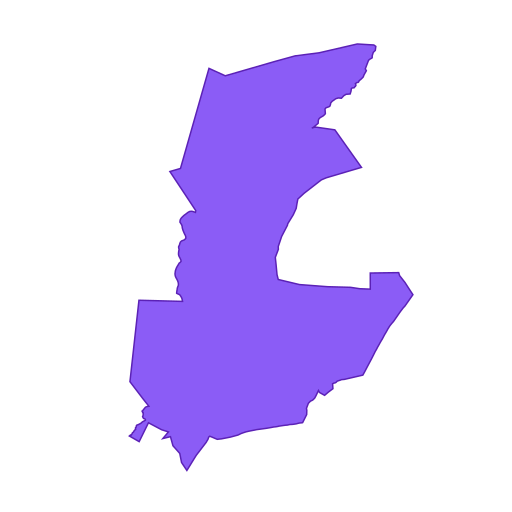 La Compañía, Oaxaca, Mexico (Robinson projection), rotated 77°
{"feature_id": "50627088B41446302433754", "entity_name": "La Compañía", "entity_type": "district", "adm_level": 2, "iso_a3": "MEX", "parent_name": "Mexico", "parent_adm1": "Oaxaca", "projection": "robinson", "projection_center": [-96.841, 16.58], "detail": "fine", "context": "isolated", "style": "filled", "palette": "violet", "viewbox_px": 512, "rotation_deg": 77, "n_neighbors": 0, "source": "geoboundaries", "source_scale": "gbopen_adm2", "svg_char_len": 4260}
<svg xmlns="http://www.w3.org/2000/svg" viewBox="0 0 512 512"><g transform="rotate(77 256 256)"><path d="M428.8,248.0L421.9,242.3L417.8,241.2L415.8,241.1L411.3,238.1L409.7,235.6L409.2,233.4L409.0,232.9L408.2,231.6L407.6,230.7L405.4,228.8L401.1,225.4L403.3,224.8L407.2,220.5L404.9,216.1L402.6,210.9L397.7,210.1L397.4,208.9L397.4,207.3L397.1,206.4L396.2,205.0L395.9,201.6L395.7,200.5L396.1,197.8L396.1,196.2L396.1,192.4L396.1,186.3L396.1,178.7L394.2,177.0L392.4,175.4L389.7,173.1L382.0,166.4L377.2,162.4L376.8,162.1L375.4,160.9L375.2,160.7L374.4,159.9L371.8,157.7L371.1,157.0L368.3,154.5L366.5,152.8L365.4,151.7L361.8,148.6L359.2,146.1L356.3,143.5L355.7,142.8L355.0,142.2L353.9,141.0L352.4,139.1L350.6,136.6L345.6,131.1L343.6,128.9L342.2,127.3L339.4,123.9L339.3,123.7L338.4,122.3L329.0,111.8L321.7,114.5L315.3,116.8L307.4,120.5L304.3,120.7L298.3,148.5L314.0,152.1L311.2,162.3L307.8,170.9L302.0,193.2L293.6,220.1L283.9,239.6L278.8,239.7L269.1,238.4L261.7,237.5L254.5,232.7L251.8,232.2L242.7,226.6L233.2,218.5L231.7,217.8L224.2,210.4L218.6,206.1L214.4,204.4L209.9,202.4L205.7,195.0L197.9,178.2L196.5,175.1L195.6,169.9L195.1,161.5L194.0,143.7L193.4,133.3L150.8,150.8L144.3,167.6L144.0,168.6L143.7,170.0L143.9,172.9L143.6,171.3L140.7,165.6L137.7,164.7L137.3,164.4L136.5,163.8L135.6,162.3L134.6,159.0L133.4,156.9L132.6,156.3L131.6,156.2L128.3,155.7L127.3,154.4L127.2,153.3L127.0,151.4L126.6,150.3L125.4,149.5L123.6,148.7L122.3,146.8L121.4,144.5L120.7,143.0L120.5,140.2L121.5,137.3L119.5,134.3L118.7,131.8L119.0,129.9L119.3,127.8L117.2,126.6L116.9,126.4L114.3,125.4L113.9,124.4L114.1,123.1L114.1,122.4L113.1,121.4L113.1,121.0L112.1,120.2L110.4,120.3L110.4,120.2L109.7,118.8L109.8,117.4L109.6,117.0L108.3,115.9L107.6,114.3L105.9,111.5L105.3,111.0L103.8,110.0L100.3,106.8L98.2,107.4L90.6,102.3L89.7,100.4L89.2,98.5L88.5,98.0L87.2,97.8L84.6,96.3L83.9,95.8L82.5,93.5L78.7,92.1L76.9,93.7L72.2,109.6L72.2,148.9L69.8,172.8L70.7,194.2L73.5,245.4L62.6,259.6L83.6,271.2L153.7,309.9L154.3,320.9L198.2,304.5L199.9,305.2L198.9,306.8L198.3,307.7L197.8,309.1L197.7,310.8L198.2,312.5L199.4,315.1L200.2,317.0L201.2,318.7L202.0,320.0L203.0,321.1L203.9,321.8L205.0,322.2L205.9,322.5L207.2,322.0L209.0,321.4L210.6,321.3L212.0,321.5L214.2,321.4L216.1,321.1L218.3,320.7L220.2,320.2L221.6,320.1L222.9,320.4L223.5,321.1L224.2,322.4L224.6,325.2L225.3,326.4L226.5,327.3L228.2,328.2L229.3,329.2L230.4,329.5L232.4,329.5L233.9,330.2L235.0,330.6L235.9,330.9L237.4,331.2L238.8,331.1L240.0,330.8L241.5,330.4L243.1,330.1L244.3,330.2L245.2,331.3L245.6,332.4L247.2,333.9L248.2,334.9L249.4,336.0L250.7,336.9L252.3,337.9L253.7,338.4L255.0,338.9L256.3,339.1L257.8,339.1L259.3,338.8L260.6,338.4L262.3,338.0L263.7,337.8L265.0,337.8L266.2,338.0L267.4,338.4L268.3,339.1L269.4,339.8L270.6,340.3L271.3,340.5L272.3,341.0L273.0,341.2L273.7,341.5L274.5,341.7L275.1,341.0L275.6,340.3L276.3,339.4L277.1,338.8L278.8,338.2L280.3,337.8L281.9,337.7L283.3,337.8L283.7,337.8L272.8,380.0L350.1,407.1L369.8,398.2L377.8,394.4L378.3,394.2L378.2,395.7L378.3,397.1L378.6,397.9L379.2,398.7L379.6,399.2L380.6,400.5L381.2,401.2L381.5,401.9L382.2,401.5L383.1,401.7L383.4,401.2L384.6,401.4L385.3,401.7L386.4,402.1L386.8,402.6L387.7,402.5L388.5,402.3L389.1,402.0L389.3,401.4L389.8,400.9L390.3,400.6L390.7,400.6L391.1,400.7L391.4,401.6L391.7,402.7L392.1,404.1L392.7,405.1L393.1,405.9L393.6,407.7L393.9,409.2L393.9,410.0L394.4,410.7L395.2,411.0L395.7,411.2L396.2,412.0L396.6,412.2L397.7,412.2L398.4,413.4L399.0,414.2L400.0,415.0L400.4,416.1L401.5,416.9L402.4,417.8L402.6,418.3L402.2,418.6L402.9,419.9L410.6,411.6L394.3,398.3L404.1,387.0L407.7,380.9L412.9,387.8L412.8,380.0L422.2,379.6L431.2,374.7L440.5,375.0L449.4,371.6L446.6,368.8L439.8,362.1L439.2,361.5L436.7,359.0L426.9,347.1L426.2,346.3L426.0,346.1L425.3,345.5L424.2,344.4L423.6,343.9L421.9,342.9L421.2,341.6L422.1,340.3L423.0,339.0L424.4,337.1L425.9,335.0L426.1,333.1L426.4,330.8L426.4,330.6L426.5,327.8L426.7,321.7L426.5,316.4L426.4,313.8L425.6,310.3L425.4,308.5L425.1,305.4L425.1,301.9L425.3,296.2L425.3,294.7L426.2,285.0L426.5,280.1L426.6,277.1L426.7,276.4L426.9,274.7L427.0,272.7L426.9,272.5L427.3,267.5L427.5,265.4L427.8,263.4L427.8,261.0L428.3,258.2L428.6,254.6L428.5,252.1L428.6,250.5L428.9,248.5L428.8,248.0Z" fill="#8b5cf6" stroke="#5b21b6" stroke-width="1.5"/></g></svg>